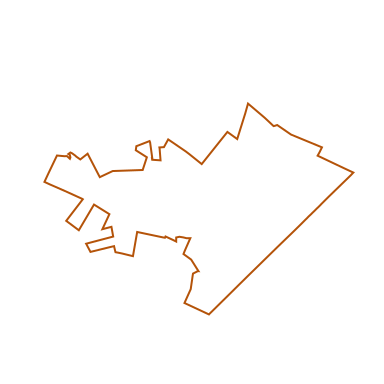 outline of Sáric, Sonora, Mexico, rotated 115°
{"feature_id": "50627088B71903228926", "entity_name": "Sáric", "entity_type": "district", "adm_level": 2, "iso_a3": "MEX", "parent_name": "Mexico", "parent_adm1": "Sonora", "projection": "albers", "projection_center": [-111.433, 31.244], "detail": "fine", "context": "isolated", "style": "outline", "palette": "amber", "viewbox_px": 384, "rotation_deg": 115, "n_neighbors": 0, "source": "geoboundaries", "source_scale": "gbopen_adm2", "svg_char_len": 1666}
<svg xmlns="http://www.w3.org/2000/svg" viewBox="0 0 384 384"><g transform="rotate(115 192 192)"><path d="M295.8,124.9L295.4,124.8L269.1,115.0L256.1,110.2L244.3,105.8L206.3,91.5L206.0,91.4L185.4,83.5L182.5,82.4L179.8,81.4L178.5,80.9L171.7,78.4L169.2,77.5L167.4,76.8L165.0,76.0L161.8,74.7L160.1,74.1L157.3,73.0L154.5,72.0L154.2,71.9L153.0,71.4L152.5,71.2L149.5,70.1L148.5,69.8L138.4,66.1L109.8,55.2L109.5,55.1L106.2,54.0L106.2,63.9L106.2,64.1L106.0,93.5L101.9,93.2L96.6,93.1L98.1,126.5L95.3,143.1L97.1,145.0L97.8,145.9L94.0,157.5L88.2,178.6L98.6,176.9L101.7,176.5L124.9,173.4L122.6,185.3L135.3,188.4L162.6,195.0L158.8,210.5L158.0,214.2L157.9,214.6L154.4,235.8L163.2,236.4L165.4,240.4L165.7,240.2L165.8,240.0L176.6,233.9L179.6,241.7L178.4,242.5L178.3,242.2L164.5,251.1L164.3,251.6L163.9,251.9L163.8,252.0L174.0,261.8L177.9,260.6L179.6,247.6L192.9,246.0L206.5,272.7L216.0,280.6L217.5,281.8L216.4,283.3L201.4,302.8L209.7,307.0L208.8,312.0L208.4,313.0L207.6,317.1L207.6,318.9L209.8,320.1L210.0,318.4L212.1,316.8L213.5,316.7L212.3,320.5L213.5,322.8L216.0,329.8L235.6,330.0L245.2,330.0L245.2,324.5L244.8,307.5L244.6,288.6L244.7,287.9L271.3,293.8L274.5,278.4L244.8,275.5L247.0,257.5L263.6,257.5L257.6,250.3L265.7,244.6L283.6,266.1L289.2,258.7L274.0,239.8L278.7,236.1L278.9,235.9L278.5,234.4L278.3,233.7L277.2,229.0L276.9,227.4L275.1,218.4L251.4,224.8L248.0,210.2L245.5,199.5L244.9,197.2L243.5,197.2L243.5,188.8L243.6,185.4L239.9,187.1L237.9,184.5L236.8,180.6L236.2,177.5L234.6,174.0L244.6,173.8L248.5,173.7L251.8,173.5L253.6,164.2L261.0,152.7L261.2,153.2L265.5,156.6L267.0,156.2L280.6,152.1L295.8,151.9L295.8,124.9Z" fill="none" stroke="#b45309" stroke-width="2"/></g></svg>